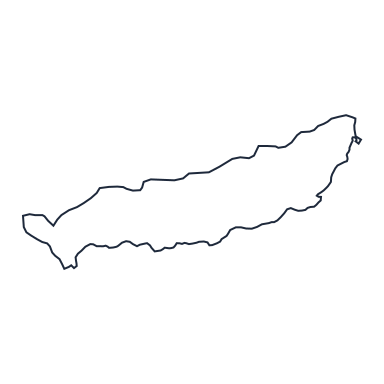 Seogwipo-si, Jeju, South Korea (Natural Earth projection)
{"feature_id": "91817680B85110926045998", "entity_name": "Seogwipo-si", "entity_type": "district", "adm_level": 2, "iso_a3": "KOR", "parent_name": "South Korea", "parent_adm1": "Jeju", "projection": "natural_earth1", "projection_center": [126.598, 33.335], "detail": "fine", "context": "isolated", "style": "outline", "palette": "slate", "viewbox_px": 384, "rotation_deg": 0, "n_neighbors": 0, "source": "geoboundaries", "source_scale": "gbopen_adm2", "svg_char_len": 2366}
<svg xmlns="http://www.w3.org/2000/svg" viewBox="0 0 384 384"><path d="M23.0,215.8L23.8,227.1L26.4,232.3L31.2,235.6L36.9,239.1L42.2,242.0L47.2,243.4L49.9,246.4L52.2,252.5L55.2,255.8L59.5,259.1L62.1,264.1L64.3,268.8L68.9,266.9L71.2,265.3L74.0,268.1L76.7,266.0L76.5,263.4L76.0,260.6L75.6,257.3L77.9,253.7L81.5,250.7L85.4,246.7L90.3,244.1L93.2,244.3L96.7,246.2L100.1,246.2L103.0,246.3L105.7,245.7L107.6,246.6L109.0,247.8L111.0,247.7L113.2,247.5L116.0,246.9L117.5,246.3L119.2,245.0L122.0,242.7L126.1,241.2L129.8,241.8L132.9,244.1L137.0,246.2L139.9,244.7L145.3,243.5L147.1,243.2L150.0,245.4L151.5,247.8L154.7,251.4L160.6,250.5L162.8,249.2L164.7,247.7L169.2,248.3L171.1,248.1L173.5,247.5L175.2,245.6L176.7,243.2L179.6,243.3L182.0,243.9L184.5,242.9L186.2,243.2L188.9,244.1L192.4,243.6L196.6,242.7L199.0,241.8L203.8,241.5L207.5,242.4L209.4,245.3L212.2,245.1L216.9,243.3L220.1,241.6L221.6,239.1L226.6,235.9L228.0,233.8L230.2,230.0L235.9,227.3L240.9,227.3L246.1,228.5L251.8,228.7L257.1,226.9L261.9,224.3L268.9,223.1L271.7,222.1L274.2,222.1L277.4,220.4L280.8,217.1L284.2,213.3L287.1,209.3L290.8,208.1L294.7,209.7L298.2,210.8L301.8,210.6L305.4,209.9L307.6,207.9L310.4,207.0L314.1,206.7L316.3,204.9L318.6,202.3L320.7,200.5L321.0,196.9L318.6,196.8L316.8,195.7L317.9,194.3L321.4,192.1L323.7,190.4L326.5,187.7L328.0,186.1L329.9,183.4L330.9,181.9L331.2,177.3L332.2,174.2L333.8,171.2L335.3,168.3L337.5,165.5L342.6,162.9L344.4,162.0L346.9,161.2L347.6,159.0L347.3,156.9L346.7,155.1L347.2,153.6L348.6,151.9L349.5,149.7L349.5,147.7L351.6,142.8L352.3,141.6L352.7,140.6L352.2,138.6L352.7,137.3L354.2,137.3L355.5,137.8L356.3,138.9L356.5,140.3L355.6,141.3L358.6,143.6L361.0,139.6L355.7,136.3L355.0,132.6L354.5,129.5L354.3,125.3L355.2,122.0L355.4,118.5L352.5,117.3L346.1,115.2L338.7,116.8L331.4,118.7L327.5,121.8L323.6,123.9L318.1,126.0L314.2,130.0L309.7,131.6L301.2,132.1L297.1,135.2L291.6,142.4L285.4,146.7L278.3,147.8L275.6,146.4L267.3,146.0L258.6,146.0L254.0,155.6L249.0,158.2L240.3,157.3L232.3,158.9L219.5,166.7L208.9,172.3L189.0,173.5L183.1,178.4L174.4,180.3L150.8,179.4L143.7,181.9L142.1,187.6L140.2,190.2L132.9,190.6L126.5,188.8L123.3,187.1L117.3,186.6L108.9,186.9L99.7,188.1L96.7,193.0L90.8,198.2L83.7,203.1L77.0,207.1L69.0,210.2L61.4,215.1L57.3,219.6L53.4,225.7L48.1,220.8L44.5,216.3L42.4,215.1L34.9,215.1L29.6,214.2L23.0,215.8Z" fill="none" stroke="#1e293b" stroke-width="2"/></svg>